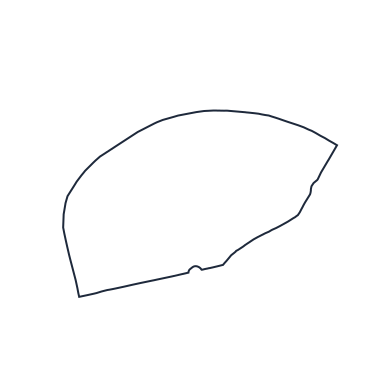 the district of Khlong San, Bangkok Metropolis, Thailand, rotated 241°
{"feature_id": "78962969B86497108686026", "entity_name": "Khlong San", "entity_type": "district", "adm_level": 2, "iso_a3": "THA", "parent_name": "Thailand", "parent_adm1": "Bangkok Metropolis", "projection": "robinson", "projection_center": [100.499, 13.722], "detail": "fine", "context": "isolated", "style": "outline", "palette": "slate", "viewbox_px": 384, "rotation_deg": 241, "n_neighbors": 0, "source": "geoboundaries", "source_scale": "gbopen_adm2", "svg_char_len": 2093}
<svg xmlns="http://www.w3.org/2000/svg" viewBox="0 0 384 384"><g transform="rotate(241 192 192)"><path d="M235.9,277.3L246.0,262.3L247.7,259.2L250.2,254.9L252.8,250.4L254.0,247.9L257.0,241.8L259.8,234.5L265.6,216.9L266.6,212.4L267.5,208.6L269.2,201.4L270.0,195.2L270.2,192.1L270.8,173.6L267.6,128.7L266.3,122.8L265.5,119.8L262.4,108.9L261.2,106.0L260.1,103.2L257.0,96.2L254.7,92.1L252.3,87.7L248.7,81.1L243.5,75.9L243.2,75.7L234.8,69.0L223.4,62.1L217.6,60.2L211.0,58.2L204.9,56.4L196.5,54.0L190.8,52.5L171.6,47.6L169.9,47.1L163.3,45.1L158.5,43.5L155.0,42.5L152.6,50.3L150.6,57.0L149.9,59.5L148.9,64.4L148.6,65.6L147.3,70.5L146.7,72.1L145.7,75.1L144.6,78.6L142.2,86.5L139.7,95.1L137.1,103.7L133.7,114.6L133.3,115.8L132.5,118.5L127.8,133.8L123.2,149.8L123.8,150.2L124.4,150.8L125.0,151.6L125.3,152.2L125.5,153.1L125.7,154.3L125.9,155.4L126.0,156.2L126.0,156.9L126.0,157.3L125.8,158.2L125.5,159.0L125.0,159.8L124.3,160.6L124.1,160.8L123.5,161.2L123.0,161.6L122.8,161.7L121.5,162.3L120.8,162.5L119.4,162.7L119.2,163.0L118.8,164.3L118.4,165.8L117.9,167.4L117.5,168.6L117.2,169.8L116.9,170.5L115.9,173.9L114.3,179.7L113.5,182.8L113.2,183.7L114.0,185.8L114.1,186.0L115.0,188.7L117.7,195.6L118.3,199.3L118.7,201.3L119.0,201.8L119.1,202.5L119.0,203.6L119.5,210.4L119.9,213.0L120.7,222.9L120.7,227.4L120.7,227.7L120.4,236.2L120.1,239.1L120.0,240.2L120.1,242.2L120.1,243.9L119.7,248.2L119.7,248.5L119.6,252.0L119.6,261.0L119.6,261.6L119.7,263.2L120.0,268.0L120.0,269.9L120.3,271.7L120.4,272.9L120.4,273.3L120.6,273.6L121.2,274.9L122.1,276.6L123.1,278.1L124.1,279.6L125.1,281.2L126.2,282.8L127.4,284.7L128.3,286.2L132.7,294.1L133.9,295.3L135.4,296.5L136.9,297.4L139.1,299.3L140.9,302.7L141.8,307.4L142.2,308.2L146.6,314.4L153.1,325.5L154.1,327.3L162.6,341.5L166.4,339.3L170.6,336.7L174.7,334.4L178.9,331.6L183.8,328.7L187.4,326.4L190.1,324.2L194.4,321.1L198.8,317.3L202.8,313.6L207.0,309.7L210.2,306.8L213.9,303.5L216.7,300.9L219.4,298.3L221.7,296.2L223.8,293.4L226.0,290.7L228.1,288.3L230.5,285.0L232.6,282.0L232.9,281.6L235.5,277.8L235.9,277.3Z" fill="none" stroke="#1e293b" stroke-width="2"/></g></svg>